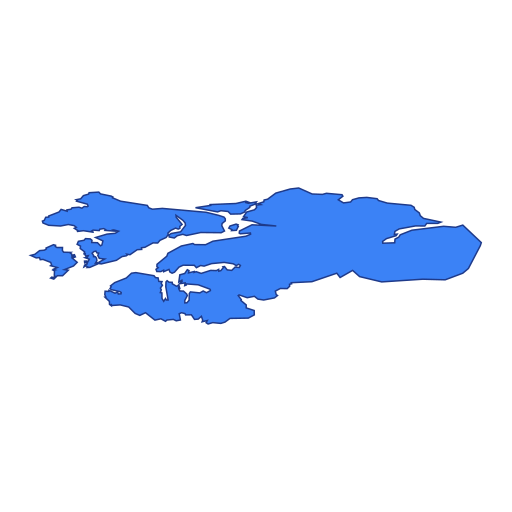 outline of Bremanger nor, Sogn og Fjordane, Norway
{"feature_id": "86288312B98133792313273", "entity_name": "Bremanger nor", "entity_type": "district", "adm_level": 2, "iso_a3": "NOR", "parent_name": "Norway", "parent_adm1": "Sogn og Fjordane", "projection": "natural_earth1", "projection_center": [5.182, 61.79], "detail": "fine", "context": "isolated", "style": "filled", "palette": "blue", "viewbox_px": 512, "rotation_deg": 0, "n_neighbors": 0, "source": "geoboundaries", "source_scale": "gbopen_adm2", "svg_char_len": 5996}
<svg xmlns="http://www.w3.org/2000/svg" viewBox="0 0 512 512"><path d="M462.8,225.1L455.7,227.3L443.6,226.3L411.9,230.2L400.2,234.8L398.8,237.1L395.0,239.1L394.7,242.8L382.8,243.2L382.6,241.4L386.5,238.6L396.1,235.7L397.2,234.1L394.4,234.4L394.9,231.4L399.2,228.9L415.6,225.9L424.8,226.0L426.7,223.4L437.7,223.4L440.9,222.1L423.5,218.4L420.3,215.7L419.3,212.9L414.8,209.5L414.2,207.3L411.0,205.3L387.3,203.1L378.5,200.5L377.1,198.7L366.8,197.4L358.9,197.9L352.5,199.7L350.6,202.0L343.5,202.9L338.3,199.8L342.9,196.2L342.0,194.7L326.4,193.3L322.5,194.4L312.2,194.0L298.7,188.0L290.2,189.0L275.8,193.1L267.6,199.2L264.1,200.0L263.8,201.8L258.6,203.5L260.8,204.6L256.2,205.1L256.6,207.5L254.5,209.8L246.7,212.0L243.5,216.7L247.8,217.6L242.7,218.6L242.0,219.6L252.2,221.1L261.3,224.4L276.3,226.0L252.0,224.8L239.5,231.0L239.2,233.1L240.3,233.8L250.4,233.0L250.6,234.2L246.0,236.2L212.9,241.2L205.6,244.7L194.6,244.6L192.9,243.5L181.3,246.0L167.9,253.3L166.8,256.2L157.0,264.3L156.9,266.7L158.2,267.7L156.0,269.3L156.8,271.5L160.8,271.6L163.6,270.2L163.7,271.7L169.0,269.4L169.9,272.0L172.1,273.2L174.5,272.2L179.0,267.1L183.1,265.2L194.3,265.3L196.4,267.7L200.6,265.5L204.1,266.1L211.6,263.6L224.2,262.4L233.3,263.8L236.2,265.6L238.6,264.3L240.4,265.4L239.3,267.5L235.1,267.1L231.7,270.4L227.2,269.9L224.5,266.5L222.9,266.8L223.4,267.5L220.9,270.6L218.8,271.2L218.7,269.4L216.4,270.6L210.6,270.4L201.2,273.4L196.2,271.7L194.1,272.4L194.2,271.5L188.5,272.9L189.0,270.6L187.3,269.7L184.7,273.5L179.8,274.8L178.8,282.0L181.9,280.2L182.1,281.4L179.6,283.7L185.1,282.9L184.7,285.6L186.3,285.0L186.1,283.9L198.2,284.8L209.8,289.1L210.3,289.7L210.4,290.6L206.5,292.7L203.2,291.0L199.8,292.9L190.4,291.9L189.3,293.6L189.1,300.3L186.9,302.8L184.8,302.9L184.8,300.4L187.3,295.6L186.7,294.0L183.5,291.1L179.9,291.0L178.7,288.7L178.6,287.7L179.7,288.1L178.9,285.4L176.4,286.2L172.3,283.8L172.2,282.3L169.0,282.2L167.1,280.7L166.0,281.9L165.8,286.8L168.1,300.0L166.3,300.0L165.5,298.5L163.7,301.3L162.0,298.5L161.9,292.9L160.3,292.6L161.3,289.8L160.4,288.1L162.4,285.3L161.2,283.3L162.0,281.6L158.8,281.4L158.1,277.9L155.5,277.6L154.0,275.7L135.8,272.6L131.5,273.2L126.3,278.0L114.7,282.6L110.5,285.9L111.2,286.7L110.0,288.6L111.2,289.6L119.8,291.6L121.2,292.5L121.0,293.8L118.3,294.0L117.6,292.1L115.0,293.2L108.9,290.3L108.8,291.4L105.1,291.2L104.8,294.6L105.8,296.9L104.9,297.1L109.4,301.4L109.5,304.4L111.3,305.7L111.1,303.9L111.8,305.5L120.2,304.9L128.7,307.0L135.1,313.4L139.8,315.4L145.5,312.7L154.9,320.1L160.9,318.8L165.5,321.3L167.0,320.0L173.4,319.4L176.2,320.8L180.4,320.0L179.2,313.7L181.5,312.7L185.0,313.6L185.6,314.9L191.4,314.8L194.5,319.4L198.2,319.1L201.4,316.3L202.7,320.2L202.1,321.8L207.3,320.5L206.1,322.7L208.1,324.0L212.7,322.6L220.8,323.4L225.0,322.1L230.0,318.4L248.3,318.1L254.3,314.9L254.2,310.5L246.2,307.9L246.2,304.9L240.9,300.5L241.3,299.6L238.2,295.6L239.1,294.9L247.2,297.7L254.4,296.3L257.9,299.1L263.7,300.0L274.5,297.9L277.5,295.5L276.2,294.6L275.3,291.1L280.3,288.5L287.2,288.6L289.7,286.2L289.5,284.3L291.6,283.8L291.3,282.7L311.9,281.7L336.8,273.2L340.1,277.5L352.6,270.4L359.6,276.6L381.7,281.9L422.8,279.2L445.2,279.8L462.8,273.2L468.4,268.5L480.3,245.7L481.3,242.6L462.8,225.1ZM98.8,192.1L89.1,192.7L88.6,194.1L83.4,195.6L80.7,198.8L76.2,199.7L77.3,200.3L76.6,201.2L87.4,204.2L88.1,206.1L87.3,206.7L84.2,206.5L81.9,208.2L79.0,207.2L72.0,207.8L71.0,209.2L66.9,209.9L67.1,211.2L61.1,209.4L59.0,212.0L48.7,216.0L48.7,217.1L45.7,217.3L44.3,220.3L42.4,221.1L43.0,223.0L48.7,225.3L60.6,226.0L68.3,224.5L74.1,225.6L76.3,227.3L74.3,228.3L78.3,230.9L76.9,231.5L83.4,230.7L93.8,232.3L90.9,231.4L93.1,230.1L99.2,230.6L99.8,229.2L103.7,228.6L105.6,229.6L105.0,230.4L114.5,231.1L113.0,230.0L113.7,229.9L118.6,231.2L115.2,233.3L107.0,234.1L95.6,237.5L102.9,240.9L101.9,245.0L100.5,245.8L97.5,242.7L91.7,242.5L92.0,240.3L90.3,238.9L85.5,238.6L84.0,240.3L78.4,241.3L77.1,244.3L80.5,246.1L80.2,248.5L84.6,251.8L84.0,253.7L85.8,253.5L84.7,254.2L85.7,256.0L88.3,255.6L87.4,257.2L85.2,257.7L89.3,259.2L87.6,262.3L86.8,261.0L84.5,261.1L84.7,262.9L86.7,262.3L87.2,263.9L84.6,265.1L84.0,266.9L85.9,265.8L87.6,266.8L87.1,267.5L89.8,267.4L97.6,264.0L97.9,262.7L95.5,263.1L96.9,260.7L96.5,258.2L95.5,256.8L92.8,256.6L94.4,256.7L92.1,253.2L93.8,251.6L95.9,251.1L96.9,252.9L98.7,253.1L97.8,255.5L99.3,258.4L104.7,259.0L99.3,262.0L99.9,263.1L99.0,263.6L101.4,263.9L116.4,260.3L122.0,256.6L126.3,255.8L127.5,254.9L126.9,254.2L130.0,254.7L137.2,249.7L141.7,249.4L141.5,247.7L144.9,247.3L153.0,242.9L157.7,243.0L160.0,240.3L166.1,237.5L168.2,234.6L167.9,233.1L170.8,230.4L175.6,228.1L178.2,229.1L179.9,228.3L179.8,226.4L182.1,224.4L176.2,217.3L176.0,215.3L183.0,220.4L185.1,222.9L185.5,225.4L180.6,231.8L171.2,233.5L168.9,235.0L169.2,237.0L174.3,238.0L177.3,235.7L182.8,234.3L186.5,235.5L200.7,232.5L221.2,232.7L224.5,231.0L221.8,225.7L222.1,223.5L225.3,220.9L225.3,218.8L224.0,217.1L218.8,215.4L206.2,212.3L162.4,208.4L152.4,209.2L148.8,207.8L147.3,205.4L120.6,201.2L112.5,197.8L112.9,197.0L111.2,196.1L100.5,193.9L98.8,192.1ZM53.5,244.7L46.1,248.0L46.4,248.9L44.4,250.2L39.6,250.6L34.9,254.3L30.7,255.4L36.2,257.9L39.5,257.6L40.2,259.7L43.0,259.4L50.7,262.4L51.6,265.0L50.6,265.7L57.3,267.5L53.5,269.2L55.2,269.9L53.4,270.3L54.5,270.9L54.3,275.3L55.1,276.3L53.2,277.5L51.8,277.1L51.1,277.7L53.2,277.6L51.7,278.4L53.8,279.1L57.4,275.7L62.6,275.7L68.3,270.2L64.5,269.6L73.5,266.0L77.2,262.3L72.2,258.1L75.4,256.9L74.4,254.7L73.1,255.0L73.7,257.3L72.1,257.4L71.7,254.1L70.0,252.8L70.7,252.4L63.6,252.2L62.4,250.5L62.5,247.5L56.9,247.5L55.3,246.5L55.6,245.3L53.5,244.7ZM235.9,203.5L209.4,204.6L211.4,205.3L195.5,207.7L217.6,211.9L220.9,210.7L228.1,211.5L230.6,214.1L240.5,213.9L244.9,211.9L245.2,210.5L249.8,207.4L249.8,206.2L256.2,203.7L255.4,203.3L256.4,201.9L248.3,203.3L245.1,202.4L247.8,201.9L245.9,201.2L235.9,203.5ZM236.1,224.1L230.0,226.0L228.8,228.1L231.9,229.6L231.5,230.6L236.4,230.3L238.3,226.4L237.5,225.8L238.1,224.8L236.1,224.1Z" fill="#3b82f6" stroke="#1e3a8a" stroke-width="1.5"/></svg>